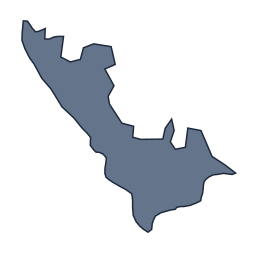 Akkurgan, Tashkent, Uzbekistan (Albers equal-area conic projection), rotated 272°
{"feature_id": "79887680B10165721529704", "entity_name": "Akkurgan", "entity_type": "district", "adm_level": 2, "iso_a3": "UZB", "parent_name": "Uzbekistan", "parent_adm1": "Tashkent", "projection": "albers", "projection_center": [69.03, 40.803], "detail": "fine", "context": "isolated", "style": "filled", "palette": "slate", "viewbox_px": 256, "rotation_deg": 272, "n_neighbors": 0, "source": "geoboundaries", "source_scale": "gbopen_adm2", "svg_char_len": 1381}
<svg xmlns="http://www.w3.org/2000/svg" viewBox="0 0 256 256"><g transform="rotate(272 128 128)"><path d="M174.7,40.1L164.2,49.8L146.7,61.4L136.2,73.5L126.4,82.0L121.6,87.1L117.4,90.9L109.4,90.9L104.7,94.7L102.8,96.9L102.7,100.0L101.1,104.0L97.4,107.4L92.5,107.1L87.1,106.4L81.8,106.5L78.1,107.7L75.7,110.7L73.3,114.6L69.3,122.1L66.3,128.2L62.5,133.9L59.7,134.6L54.8,135.2L48.5,135.4L40.9,136.3L34.5,139.5L30.7,142.9L27.4,146.8L24.6,151.7L27.5,155.2L32.7,155.5L36.5,156.5L40.9,158.4L44.4,163.7L45.6,167.4L47.5,173.3L48.4,178.1L50.5,179.6L51.4,183.8L51.5,186.6L52.8,192.8L53.8,194.9L55.3,198.6L57.8,203.2L61.1,203.6L64.4,204.6L66.6,205.0L73.5,205.4L77.0,205.9L79.4,207.7L82.0,210.6L84.3,215.2L84.4,216.9L85.1,220.8L85.7,223.7L86.0,224.8L85.2,233.7L86.7,237.1L94.2,226.6L102.5,213.0L128.0,201.0L130.0,187.8L110.7,186.0L108.4,176.0L115.6,170.8L127.2,174.2L138.4,171.3L129.0,165.2L118.1,163.2L117.1,141.3L118.9,133.0L129.9,133.6L132.6,121.7L151.2,108.7L158.9,107.0L169.7,112.5L186.1,102.8L191.1,113.0L208.7,108.3L210.9,90.8L206.6,80.7L194.9,78.0L192.0,68.0L196.6,58.4L217.3,60.4L217.1,55.0L216.4,50.9L214.4,46.7L214.0,45.8L214.1,44.0L214.2,41.7L223.2,41.8L224.5,41.9L221.3,34.9L221.0,31.7L222.4,30.9L224.3,28.8L225.7,28.0L228.0,26.3L231.3,23.8L231.4,19.6L218.7,18.9L211.9,19.0L203.9,22.1L194.8,27.1L188.5,32.0L174.7,40.1Z" fill="#64748b" stroke="#1e293b" stroke-width="1.5"/></g></svg>